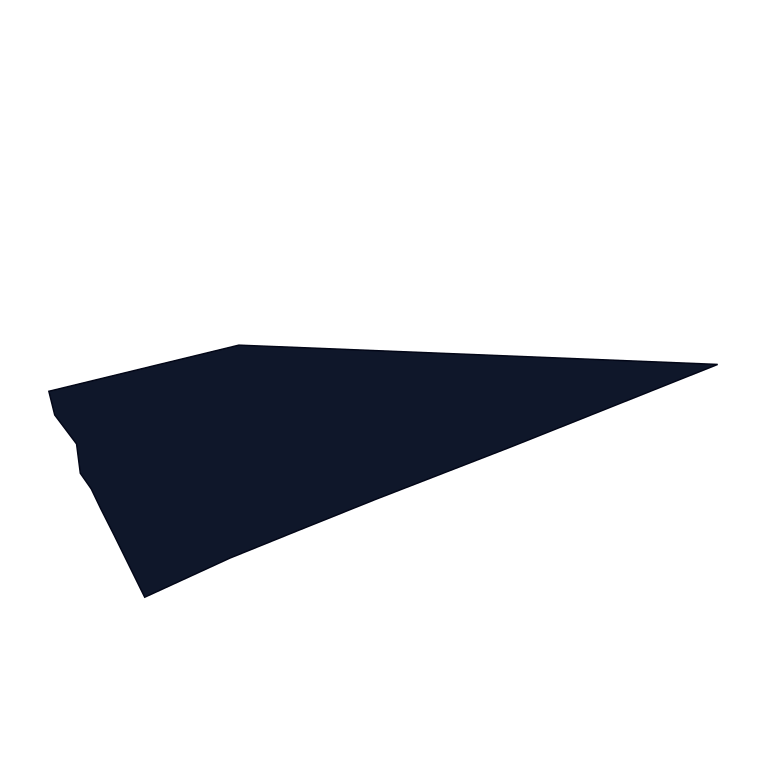 Nova Floresta, Paraíba, Brazil (Natural Earth projection), rotated 249°
{"feature_id": "56859067B50787549545367", "entity_name": "Nova Floresta", "entity_type": "district", "adm_level": 2, "iso_a3": "BRA", "parent_name": "Brazil", "parent_adm1": "Paraíba", "projection": "natural_earth1", "projection_center": [-36.208, -6.495], "detail": "fine", "context": "isolated", "style": "filled", "palette": "ink", "viewbox_px": 768, "rotation_deg": 249, "n_neighbors": 0, "source": "geoboundaries", "source_scale": "gbopen_adm2", "svg_char_len": 342}
<svg xmlns="http://www.w3.org/2000/svg" viewBox="0 0 768 768"><g transform="rotate(249 384 384)"><path d="M270.7,84.2L276.7,177.9L278.0,250.1L279.3,334.3L279.8,481.1L282.7,702.5L472.3,262.4L497.3,68.5L473.1,65.5L438.2,75.5L409.5,68.5L391.0,73.1L368.9,74.9L339.5,77.9L270.7,84.2Z" fill="#0f172a" stroke="#020617" stroke-width="1.5"/></g></svg>